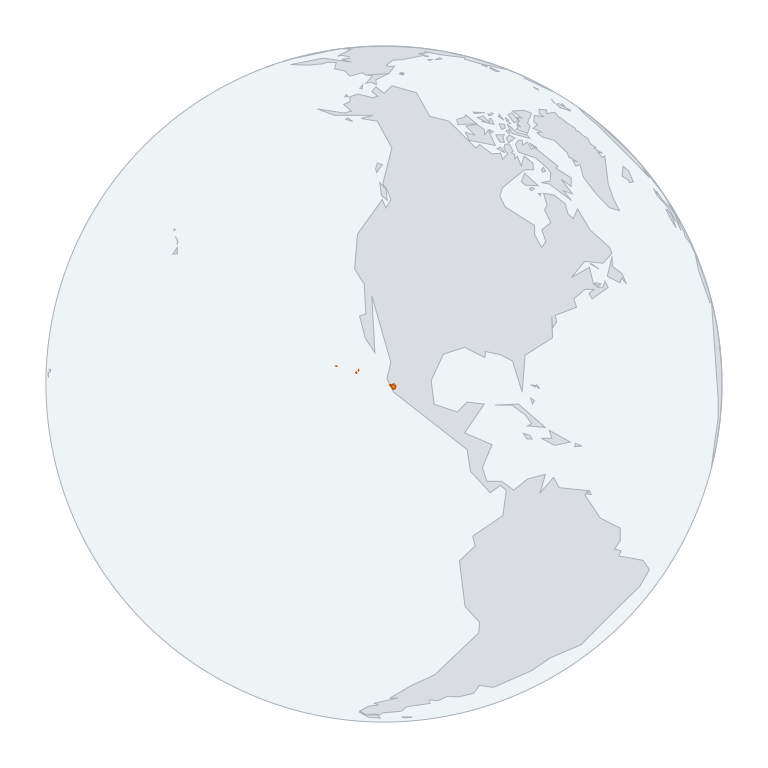 globe centered on Colima, rotated 23°
{"feature_id": "MEX-2718", "entity_name": "Colima", "entity_type": "State", "adm_level": 1, "iso_a3": "MEX", "parent_name": "Mexico", "parent_adm1": "", "projection": "orthographic", "projection_center": [-105.619, 18.931], "detail": "fine", "context": "on_globe", "style": "filled", "palette": "amber", "viewbox_px": 768, "rotation_deg": 23, "n_neighbors": 0, "source": "natural_earth", "source_scale": "10m", "svg_char_len": 9959}
<svg xmlns="http://www.w3.org/2000/svg" viewBox="0 0 768 768"><g transform="rotate(23 384 384)"><circle cx="384" cy="384" r="338" fill="#eef3f6" stroke="#a8b0b8"/><path d="M71.3,500.8L72.1,503.2L72.0,503.4L71.3,500.8ZM538.1,434.0L530.7,431.7L524.3,442.6L497.6,430.4L486.3,411.9L395.9,387.7L384.7,378.0L381.8,361.3L338.3,307.6L363.3,358.7L348.9,349.2L335.0,331.0L339.9,326.4L326.7,299.7L312.0,289.6L301.0,256.3L310.4,214.9L316.9,221.2L318.4,211.5L310.3,203.3L304.7,200.5L299.0,163.5L275.1,144.7L259.2,148.5L269.2,140.9L233.4,156.1L215.1,156.8L241.0,150.3L247.6,145.5L237.7,142.5L242.4,137.2L240.3,133.0L246.8,127.2L261.4,125.0L265.9,121.5L258.6,119.7L260.5,113.6L270.5,116.5L274.8,106.4L300.1,103.2L321.5,119.7L340.8,116.6L376.6,131.0L378.5,126.2L393.3,130.0L401.1,126.1L405.5,130.9L407.8,123.8L402.3,120.3L401.5,116.3L405.5,114.0L411.9,119.3L410.8,121.2L414.8,121.7L416.2,125.5L417.8,122.3L425.1,129.7L423.9,119.3L434.8,122.6L437.9,128.4L429.6,131.8L416.4,157.0L417.1,165.7L426.3,173.6L460.5,179.2L464.5,187.9L475.8,196.7L477.3,189.6L469.0,180.3L474.6,170.2L463.7,161.1L464.4,156.1L456.5,146.1L466.3,143.7L480.2,147.2L487.2,155.7L493.5,157.8L493.8,147.2L513.7,161.8L538.5,170.1L542.7,174.9L538.4,187.3L520.7,192.7L515.0,212.7L527.5,196.3L537.8,210.2L543.2,211.5L547.7,209.3L547.2,203.0L552.6,207.5L542.3,224.4L537.3,220.5L540.6,214.9L532.3,218.0L525.4,231.2L531.2,238.2L514.7,253.9L518.6,259.4L517.2,266.5L512.1,256.4L521.0,275.5L502.6,302.5L514.4,337.6L493.3,312.6L479.9,311.5L464.7,314.5L466.4,320.2L443.9,318.8L427.0,333.3L426.1,362.4L438.0,383.1L462.5,381.1L467.5,368.2L484.1,363.3L477.3,397.5L507.2,397.7L507.2,422.3L516.6,433.4L530.3,427.7L544.9,431.0L553.4,415.1L567.9,404.1L570.2,423.4L576.6,403.7L585.9,411.0L613.5,402.4L612.0,407.5L635.6,423.0L657.7,424.4L662.8,436.2L660.5,445.8L667.4,445.0L667.4,450.5L691.4,445.2L700.9,451.1L698.6,470.1L686.9,498.0L667.3,546.9L643.9,571.3L631.9,590.1L603.2,620.5L589.7,624.2L587.4,633.6L574.9,642.9L564.5,646.6L557.4,654.4L549.5,656.8L551.1,660.1L530.7,672.4L527.9,678.4L511.2,687.3L509.6,690.2L505.9,691.0L500.3,693.3L497.3,695.3L489.5,694.5L495.6,686.7L504.5,681.4L499.9,681.6L519.6,667.5L511.9,671.2L526.8,651.1L544.3,631.9L568.5,576.1L565.1,566.0L545.5,557.1L522.6,517.5L531.2,497.4L525.1,489.5L544.8,458.7L538.1,434.0ZM138.9,346.9L140.3,339.0L142.9,344.8L138.9,346.9ZM138.9,333.8L138.8,336.6L138.4,334.1L138.9,333.8ZM137.0,331.7L138.4,333.2L136.6,332.3L137.0,331.7ZM134.2,330.0L135.8,330.6L135.5,330.8L134.2,330.0ZM515.4,350.0L549.3,360.9L532.5,366.6L535.3,362.8L526.1,357.2L510.0,353.5L494.5,360.0L515.4,350.0ZM130.8,324.9L130.1,323.4L131.7,323.2L130.8,324.9ZM524.9,327.7L519.2,327.4L524.5,326.2L524.9,327.7ZM301.4,200.3L309.7,203.8L315.2,213.7L307.8,211.2L301.4,200.3ZM291.6,183.2L296.8,182.7L294.6,192.1L292.3,189.4L291.6,183.2ZM246.7,153.2L252.6,154.6L245.3,155.2L246.7,153.2ZM238.9,133.5L235.7,135.0L236.0,132.3L238.9,133.5ZM451.7,148.3L454.1,147.2L454.3,149.6L451.7,148.3ZM446.0,145.1L444.5,148.6L441.6,147.7L442.6,145.6L446.0,145.1ZM246.1,121.2L247.5,116.9L248.6,120.8L246.1,121.2ZM448.4,141.2L436.6,145.7L431.5,144.2L430.9,135.0L448.4,141.2ZM250.0,114.1L253.1,104.7L246.4,106.8L267.2,96.3L257.6,107.2L260.1,111.4L254.8,111.2L250.0,114.1ZM398.8,120.3L404.9,123.9L396.1,123.2L398.8,120.3ZM393.3,120.9L367.4,126.3L360.5,120.5L370.6,119.5L358.5,114.5L367.9,108.9L376.6,110.4L379.2,115.1L380.8,109.5L393.3,120.9ZM278.2,92.4L281.1,90.2L280.8,92.2L278.2,92.4ZM400.4,114.7L395.8,116.0L389.5,110.9L397.5,107.5L397.0,110.1L400.4,114.7ZM350.8,116.2L347.5,112.2L354.2,106.5L353.8,104.3L367.5,108.3L350.8,116.2ZM400.5,110.1L401.8,105.9L408.5,106.4L404.5,113.1L400.5,110.1ZM384.4,111.2L381.8,108.8L385.9,108.9L384.4,111.2ZM432.9,106.8L427.6,107.8L423.8,105.2L432.9,106.8ZM401.8,104.4L399.5,104.3L397.4,103.5L399.7,101.0L401.8,104.4ZM371.2,104.2L374.7,102.9L365.9,102.3L370.6,98.5L378.9,102.0L377.3,98.9L378.7,97.8L383.9,102.1L371.2,104.2ZM395.6,96.4L407.8,100.5L418.6,98.9L422.2,101.0L404.2,103.4L395.6,96.4ZM388.3,99.3L393.6,97.9L395.5,100.9L392.9,103.8L388.3,99.3ZM370.7,94.8L361.5,99.7L360.0,98.8L370.7,94.8ZM398.4,95.2L395.4,94.3L398.9,94.7L398.4,95.2ZM378.8,94.1L375.7,95.8L374.1,94.7L378.8,94.1ZM391.9,91.4L395.8,92.5L394.3,94.3L391.9,91.4ZM385.6,92.1L384.1,90.3L391.3,94.3L384.5,93.0L385.6,92.1ZM377.8,92.8L375.8,92.7L379.3,92.3L377.8,92.8ZM395.7,84.3L405.2,89.0L401.6,92.7L392.9,87.6L395.7,84.3ZM500.1,696.9L489.0,695.5L496.3,695.8L507.4,691.2L511.0,693.0L500.1,696.9ZM530.1,683.7L539.4,679.7L539.8,680.1L533.5,683.1L530.1,683.7ZM718.0,332.5L710.6,306.4L705.2,285.6L697.5,267.3L654.3,182.2L652.7,179.0L651.5,177.5L665.7,197.3L678.4,218.1L689.6,239.7L699.2,262.1L707.1,285.1L713.4,308.6L718.0,332.5ZM618.1,140.3L647.6,172.6L653.2,180.6L652.5,182.0L629.6,157.2L619.5,142.5L611.3,135.0L603.0,130.1L600.6,126.5L596.0,123.2L591.2,118.2L574.3,105.5L567.9,100.7L551.4,91.2L545.9,87.9L557.2,94.1L561.6,96.6L558.2,94.5L579.3,108.2L599.3,123.5L618.1,140.3ZM515.1,72.5L516.1,73.0L505.5,68.9L491.3,63.8L490.0,63.6L513.1,72.2L520.3,75.1L523.1,76.1L538.2,83.3L547.8,88.5L552.7,91.2L538.3,84.3L548.1,90.5L532.6,83.7L479.7,62.4L462.7,57.0L455.4,53.7L468.5,56.8L472.3,57.9L472.9,58.0L515.1,72.5ZM448.3,52.3L447.5,52.1L445.6,51.7L448.3,52.3ZM398.7,46.4L391.6,46.4L386.9,46.2L388.8,46.1L388.4,46.1L398.7,46.4ZM386.0,46.1L386.4,46.1L383.5,46.2L380.2,46.1L381.2,46.1L378.3,46.2L370.9,46.4L373.8,46.6L348.0,51.5L331.2,53.5L331.1,52.0L308.1,58.6L290.8,62.5L294.8,62.1L286.4,66.5L291.7,65.2L292.9,65.5L273.7,78.6L265.5,82.4L261.7,89.8L263.7,90.0L269.6,87.4L267.2,96.3L246.4,106.8L242.8,105.8L232.2,114.0L225.7,111.1L215.3,113.2L214.4,106.7L206.3,109.8L203.0,112.9L189.6,120.1L173.3,126.4L200.8,107.8L228.2,100.4L218.3,101.7L224.8,97.8L223.9,96.3L216.5,98.1L213.0,100.5L223.0,88.6L213.9,92.0L236.7,79.9L260.2,69.6L284.5,61.1L309.4,54.4L334.7,49.7L360.3,46.9L386.0,46.1ZM213.2,92.4L204.1,98.2L193.5,105.1L186.4,109.9L213.2,92.4ZM677.8,218.2L681.1,223.8L677.8,218.2ZM614.4,401.9L617.9,404.6L613.7,406.1L614.4,401.9ZM531.5,375.1L538.1,374.3L542.0,376.7L537.2,378.7L531.5,375.1ZM583.5,363.8L590.4,363.8L583.8,367.2L583.5,363.8ZM554.4,362.1L578.1,364.6L565.1,373.8L550.0,372.5L559.7,368.5L554.4,362.1ZM524.5,339.7L528.9,340.4L528.5,344.2L524.5,339.7ZM528.7,327.0L527.2,327.6L524.5,325.0L528.7,327.0ZM538.4,209.2L539.4,208.0L544.6,207.1L543.4,210.2L538.4,209.2ZM560.0,189.4L568.1,197.3L561.5,193.4L561.5,198.6L547.5,197.7L544.1,177.4L548.1,186.4L560.0,189.4ZM527.9,192.2L537.2,194.2L527.2,192.8L527.9,192.2ZM575.3,113.0L577.0,112.6L583.8,117.3L591.9,126.1L582.1,119.1L575.3,113.0ZM577.9,111.3L561.3,103.5L555.6,98.6L561.6,102.5L559.5,100.0L568.6,105.8L579.3,109.9L586.0,114.5L597.3,126.6L589.9,119.7L588.7,120.0L577.9,111.3ZM529.2,100.8L521.9,99.7L519.0,90.1L526.0,92.4L534.6,100.5L531.2,102.8L529.2,100.8ZM449.6,125.1L447.0,127.0L445.2,125.3L446.0,122.3L449.6,125.1ZM430.7,107.5L459.0,115.6L457.5,118.0L475.8,121.2L479.0,128.9L467.0,126.4L483.2,135.3L473.6,136.1L485.0,141.8L458.0,135.3L450.0,137.2L457.7,132.0L455.0,124.7L451.5,122.1L435.4,116.6L417.0,118.0L411.4,111.8L412.3,107.1L415.9,105.8L418.4,110.0L421.4,105.3L427.8,110.5L430.7,107.5ZM426.6,68.2L428.0,71.5L435.1,67.1L441.5,70.5L441.9,69.8L449.7,72.0L460.0,73.8L461.7,75.7L465.0,75.7L470.2,77.5L475.3,78.2L480.1,82.2L486.7,83.6L485.3,84.7L495.2,86.3L490.0,87.0L496.3,90.1L498.1,87.8L512.0,111.9L521.9,123.0L533.1,132.4L522.6,133.6L505.4,126.3L486.7,115.7L478.7,105.5L475.4,108.5L470.6,104.6L475.2,103.9L465.2,102.9L462.5,99.7L445.8,93.2L433.1,94.8L426.7,92.9L430.3,90.7L421.4,90.5L423.9,85.3L419.4,84.0L417.3,78.1L426.9,75.4L421.1,74.3L419.3,70.4L426.6,68.2ZM395.6,82.5L405.6,77.4L414.0,77.2L414.1,87.7L417.8,89.6L418.2,97.3L406.0,97.9L407.0,95.5L405.1,93.4L409.7,94.0L404.7,92.0L405.9,88.9L402.3,86.6L406.6,85.4L395.6,82.5ZM554.0,92.2L550.4,90.0L552.0,90.9L556.5,93.4L554.0,92.2ZM448.9,59.3L448.3,60.3L446.0,59.9L438.5,60.9L433.2,59.0L435.6,57.6L448.9,59.3ZM441.8,57.3L439.3,57.8L438.2,56.6L441.8,57.3ZM428.9,57.7L426.7,56.2L431.7,58.9L428.9,57.7ZM392.7,47.6L409.0,47.8L417.3,48.0L416.3,47.6L424.6,48.8L412.0,48.4L392.7,47.6ZM354.1,50.7L355.0,51.9L349.9,52.1L349.0,51.9L354.1,50.7ZM357.9,50.9L367.6,51.3L365.1,52.6L357.9,51.9L357.9,50.9ZM405.2,52.2L410.4,52.2L411.2,53.1L405.2,52.2ZM70.1,503.5L72.7,509.1L71.1,507.1L70.1,503.5ZM72.0,503.4L70.1,501.3L71.3,500.8L72.0,503.4ZM157.9,132.9L155.7,134.8L151.2,139.1L157.9,132.9ZM175.7,117.9L197.7,102.4L201.1,100.6L175.2,118.6L178.6,115.8L173.5,119.6L165.2,126.5L165.4,126.3L175.7,117.9ZM277.9,90.4L280.8,90.2L277.1,91.8L277.9,90.4ZM296.0,64.7L297.1,65.4L292.7,66.7L296.0,64.7ZM297.7,68.3L301.9,66.2L299.5,68.5L297.7,68.3ZM310.8,61.9L304.5,65.4L307.7,62.0L310.8,61.9Z" fill="#d9dde1" stroke="#a8b0b8" stroke-width="1"/><path d="M394.5,385.4L394.2,385.1L393.3,384.4L393.1,384.3L392.5,384.0L392.0,383.7L391.7,383.6L391.4,383.5L391.2,383.4L391.3,383.2L391.2,383.0L391.0,382.9L390.9,382.9L390.8,383.0L390.7,382.9L390.6,383.0L390.3,382.9L390.2,382.8L389.7,382.7L389.8,382.5L389.9,382.4L390.0,382.2L390.3,382.1L390.5,382.0L390.6,381.9L390.8,381.9L390.8,382.0L391.0,381.9L391.3,381.9L391.5,381.7L391.8,381.7L391.9,381.4L392.0,381.3L392.2,381.2L392.2,380.9L392.3,380.8L392.4,380.7L392.5,380.6L392.7,380.4L392.7,380.5L392.9,380.7L393.0,380.8L393.3,380.9L393.4,381.0L393.5,381.0L393.8,381.2L394.0,381.2L394.3,381.0L394.6,380.9L394.8,380.7L395.0,380.7L395.1,380.8L395.2,381.0L395.3,381.2L395.5,381.3L395.5,381.5L395.8,381.7L395.8,381.8L395.8,382.0L395.8,382.3L395.8,382.5L395.7,382.8L395.7,383.0L395.8,383.3L395.9,383.6L395.8,383.8L395.7,383.9L395.7,384.0L395.4,384.2L395.2,384.2L395.2,384.3L395.2,384.5L395.1,384.8L394.9,384.8L394.7,385.0L394.6,385.3L394.5,385.4ZM354.3,384.3L354.5,384.6L354.4,384.8L354.2,384.8L354.0,384.7L353.9,384.7L353.6,384.5L353.6,384.4L353.7,384.2L353.8,384.1L354.0,383.9L354.1,384.0L354.3,384.2L354.3,384.3ZM333.0,386.1L333.3,386.1L333.2,386.2L332.9,386.2L333.0,386.1ZM355.1,381.1L355.3,381.3L355.1,381.4L355.1,381.5L355.0,381.4L355.1,381.2L355.1,381.1Z" fill="#f59e0b" stroke="#b45309" stroke-width="1.5"/></g></svg>